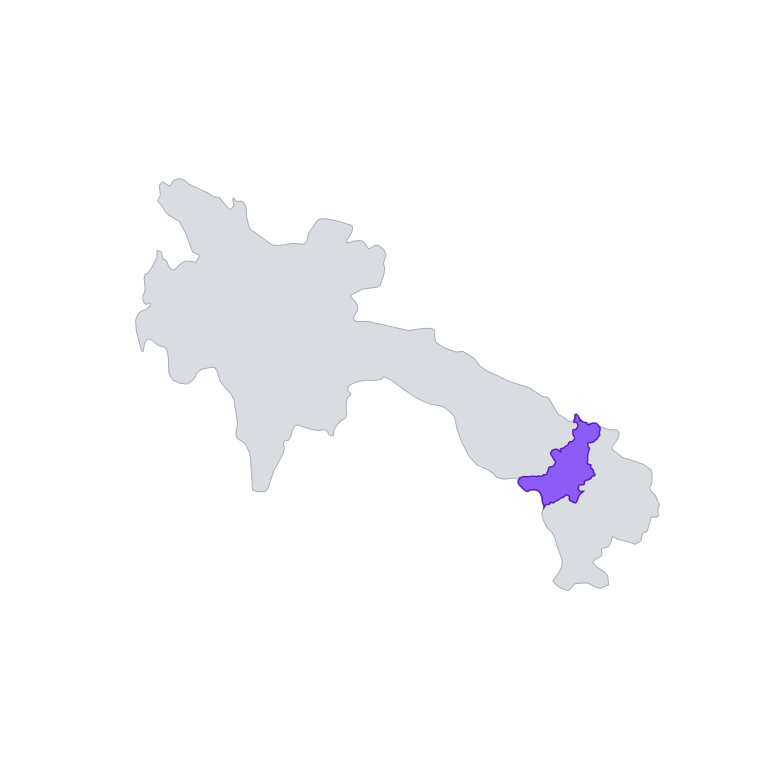 Saravan on a map of Laos (Natural Earth projection), rotated 335°
{"feature_id": "LAO-3281", "entity_name": "Saravan", "entity_type": "Province", "adm_level": 1, "iso_a3": "LAO", "parent_name": "Laos", "parent_adm1": "", "projection": "natural_earth1", "projection_center": [106.351, 15.91], "detail": "fine", "context": "in_parent", "style": "filled", "palette": "violet", "viewbox_px": 768, "rotation_deg": 335, "n_neighbors": 0, "source": "natural_earth", "source_scale": "10m", "svg_char_len": 6437}
<svg xmlns="http://www.w3.org/2000/svg" viewBox="0 0 768 768"><g transform="rotate(335 384 384)"><path d="M288.9,114.6L291.9,120.8L305.9,137.4L308.3,141.9L313.4,145.3L317.6,160.1L319.4,161.0L321.8,160.0L323.6,157.9L325.1,152.2L326.1,151.6L327.6,156.3L331.6,157.7L333.3,159.8L333.8,163.3L333.2,167.0L329.8,175.4L327.8,186.6L341.4,210.8L347.2,214.1L360.9,218.1L370.3,223.4L374.6,222.1L378.8,216.1L383.7,212.8L393.0,207.6L395.7,207.4L400.8,209.4L409.2,215.4L421.9,226.7L421.4,229.7L419.1,232.6L412.3,237.1L410.1,239.9L411.4,241.0L417.1,241.7L423.8,244.3L425.8,247.2L426.9,253.9L428.1,255.2L434.3,254.5L436.2,255.4L438.5,257.5L440.7,263.1L440.6,267.3L434.4,274.7L433.7,279.1L430.5,284.3L422.0,293.1L419.7,293.6L404.1,288.8L391.6,289.5L390.6,291.3L392.7,296.6L393.3,301.9L391.3,305.9L384.1,311.1L383.9,313.4L385.3,315.7L395.7,320.5L428.8,345.8L444.0,350.6L450.6,353.8L452.3,355.6L452.3,357.8L450.5,360.7L449.1,365.6L449.0,368.6L450.6,371.5L453.2,375.8L462.5,385.4L469.3,387.7L476.5,398.7L478.6,408.4L482.1,414.6L499.3,435.4L513.7,448.3L522.3,462.1L526.5,465.2L527.8,470.2L528.9,484.8L533.9,492.1L535.0,495.0L537.2,497.2L539.5,497.6L544.6,492.8L545.7,493.5L548.0,501.2L550.0,504.0L557.7,508.7L565.8,518.0L570.1,521.4L575.6,524.0L576.4,526.9L575.4,529.9L573.7,531.8L564.3,537.2L563.0,539.5L569.2,551.4L584.9,566.0L589.8,574.8L588.8,579.1L584.5,587.6L581.2,589.9L580.3,592.6L582.8,599.6L582.5,610.3L579.5,612.9L576.8,619.5L574.9,620.0L570.0,617.6L560.0,628.9L555.6,628.3L550.5,634.7L544.0,635.5L539.5,630.8L529.9,623.2L526.5,618.5L523.5,622.6L518.4,626.5L511.3,625.1L509.4,630.8L508.0,631.8L499.3,632.8L497.7,633.7L499.1,638.8L504.2,647.6L505.7,652.6L502.6,660.9L493.6,660.7L489.6,657.3L484.5,650.3L473.1,645.7L465.4,648.9L463.1,648.7L457.3,642.9L455.2,639.1L453.9,633.5L462.7,628.9L467.1,625.4L470.0,621.6L471.2,617.7L472.7,601.4L474.0,595.7L473.2,588.6L470.9,583.1L470.9,574.8L472.1,568.0L475.5,564.6L477.8,559.8L479.2,549.0L478.2,546.1L474.9,543.5L469.4,541.0L465.9,537.8L464.5,533.9L464.6,530.5L466.3,527.6L462.2,524.3L452.2,520.8L446.6,516.4L445.4,511.4L441.3,504.9L434.1,496.7L430.4,485.0L430.0,469.7L430.9,457.3L434.1,442.9L429.9,432.4L425.3,427.0L418.9,422.9L412.9,417.1L407.1,409.6L400.2,398.4L392.2,383.7L386.8,377.1L384.0,378.6L378.2,377.2L369.3,373.0L361.6,370.7L354.9,370.3L350.6,371.3L348.6,373.6L348.5,375.8L350.1,378.0L349.2,379.7L345.7,380.9L342.9,383.4L339.8,388.8L337.6,395.8L334.3,398.6L329.2,399.2L324.2,401.2L319.2,404.6L316.9,407.3L317.2,409.0L316.1,409.4L313.7,408.4L312.6,406.1L312.7,402.4L310.2,399.9L305.1,398.7L299.3,394.7L288.2,384.5L285.6,384.1L281.9,386.7L277.1,392.4L273.2,394.7L270.1,393.5L267.7,395.5L265.9,400.7L262.8,404.8L247.7,415.8L234.2,430.0L230.7,431.3L222.6,427.3L220.0,424.6L231.4,395.5L233.2,388.5L232.9,379.2L228.2,371.4L228.0,369.1L228.8,366.7L234.6,357.7L241.4,334.6L241.1,327.3L238.2,319.4L236.7,311.9L238.1,301.6L237.6,297.7L234.5,295.7L224.2,293.6L218.3,295.3L215.5,298.1L212.0,299.8L205.6,300.8L199.5,297.3L194.4,291.4L193.3,284.2L199.8,268.7L201.4,262.7L201.3,259.9L200.2,257.0L198.7,256.6L195.4,252.9L192.3,246.5L189.3,243.5L186.5,244.1L183.9,246.5L179.5,252.6L178.2,251.8L182.2,230.4L185.8,221.3L190.0,217.0L194.5,215.3L199.2,215.9L203.1,215.1L206.3,212.9L206.0,211.6L202.3,211.3L200.8,208.9L201.6,204.3L203.3,201.4L205.9,200.0L208.4,195.4L210.9,187.6L213.8,183.6L217.2,183.5L223.1,180.1L231.5,173.5L234.8,167.1L237.9,170.1L236.7,177.5L238.3,179.0L239.0,181.7L238.6,185.8L239.2,189.4L240.5,191.1L242.3,191.9L251.1,188.9L256.5,188.7L265.3,194.1L270.6,190.1L270.7,188.6L266.4,183.5L267.9,164.7L267.4,150.4L260.2,139.8L258.8,135.6L258.1,128.7L256.1,122.8L261.3,118.0L264.2,109.3L267.9,107.1L269.0,107.4L273.4,114.0L279.1,110.7L283.4,110.7L287.0,112.5L288.9,114.6Z" fill="#d9dde1" stroke="#a8b0b8" stroke-width="1"/><path d="M469.4,542.1L468.6,542.0L467.9,541.5L467.2,540.7L466.6,539.7L464.5,534.4L463.8,532.0L463.9,529.7L465.2,528.0L466.4,527.5L467.0,527.1L467.3,526.7L467.2,526.5L467.3,526.5L471.5,526.9L474.8,528.7L478.4,529.9L481.9,531.5L482.4,532.0L483.0,532.5L484.7,532.4L487.4,534.2L490.3,533.8L491.6,534.3L493.1,534.5L495.6,532.2L498.0,529.5L499.6,529.4L501.1,530.0L502.7,529.9L505.5,528.5L506.6,527.4L506.5,525.8L506.0,524.1L505.9,520.8L505.5,519.2L505.6,517.6L506.0,516.8L506.6,516.4L507.5,516.2L507.8,515.8L507.9,515.4L509.7,515.2L511.4,515.5L512.7,516.0L513.8,516.9L514.5,518.9L515.6,520.3L516.0,519.2L516.2,517.6L517.2,517.4L520.2,518.0L521.6,517.3L523.6,517.2L525.5,516.6L526.7,515.2L528.3,514.8L529.6,515.6L530.9,515.7L531.9,515.0L533.6,514.3L534.3,512.8L533.9,510.7L534.1,509.1L535.4,506.1L536.4,505.3L537.6,506.2L539.0,506.0L541.7,504.6L542.4,503.0L542.6,501.1L541.9,499.5L541.3,499.4L540.6,499.4L540.2,499.2L540.3,499.1L540.4,498.6L540.4,498.1L540.6,497.6L542.1,496.5L542.7,495.8L542.9,494.8L544.1,492.5L545.4,492.6L546.4,494.3L546.5,496.9L546.3,499.0L546.2,499.2L546.1,499.4L545.9,499.7L545.9,500.0L546.1,500.2L546.5,500.1L546.9,499.9L547.1,499.8L547.7,501.6L548.2,502.4L549.2,503.3L550.5,504.1L550.9,504.5L551.1,505.1L551.3,506.5L551.5,507.0L552.1,507.4L552.8,507.5L554.6,507.5L556.8,507.7L557.6,508.0L558.7,508.7L559.8,509.5L560.3,510.4L560.9,513.8L561.2,514.6L561.3,514.9L561.3,515.0L560.5,516.7L559.4,518.0L558.4,519.4L558.1,520.7L557.7,521.8L555.7,522.5L554.4,523.6L553.0,524.3L551.5,523.8L551.0,524.4L550.3,524.9L548.3,524.9L546.4,524.5L545.2,523.7L543.8,523.6L542.9,525.3L542.5,527.3L542.9,528.2L543.1,529.2L542.6,529.8L541.9,530.4L539.3,533.4L537.4,536.6L535.9,540.1L534.8,541.2L534.9,542.7L536.3,543.8L537.4,545.1L536.5,545.9L535.9,547.3L536.9,549.0L537.3,551.1L537.0,551.4L536.6,552.1L536.6,553.0L536.7,553.8L536.9,555.2L536.2,556.1L533.4,555.7L531.5,557.1L528.2,557.1L526.2,556.7L524.3,557.1L523.7,558.7L522.6,559.6L521.0,559.2L519.7,558.4L518.2,558.2L516.9,558.8L516.6,560.4L516.0,560.6L515.4,561.1L516.3,564.2L519.4,565.5L517.7,566.1L515.8,566.4L514.3,567.1L512.9,568.1L510.5,570.8L507.7,572.7L506.3,572.0L503.0,567.9L503.4,566.1L504.5,564.7L504.0,563.1L502.9,561.6L501.7,561.6L500.4,562.0L499.1,562.0L497.9,562.6L496.6,561.8L495.1,562.3L493.2,562.8L489.8,562.8L489.3,562.7L488.7,562.7L488.2,563.2L487.6,563.4L487.0,563.1L486.3,562.8L485.9,562.2L485.4,561.7L484.7,561.9L484.2,562.5L482.9,562.8L481.6,562.5L480.3,561.8L478.8,562.0L478.0,563.1L476.7,563.7L477.2,563.0L477.5,561.8L477.6,559.1L477.8,557.7L479.2,553.7L479.7,550.4L479.2,547.3L477.7,544.8L475.2,543.0L472.8,542.1L471.6,541.9L469.4,542.1Z" fill="#8b5cf6" stroke="#5b21b6" stroke-width="1.5"/></g></svg>